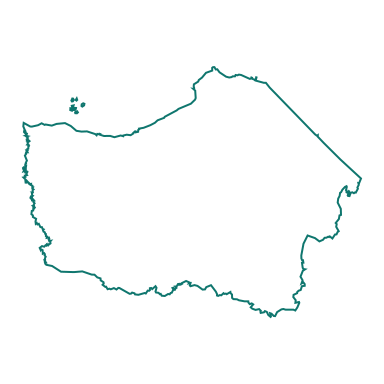 Rembang, Jawa Tengah, Indonesia (Robinson projection)
{"feature_id": "22746128B94981829239468", "entity_name": "Rembang", "entity_type": "district", "adm_level": 2, "iso_a3": "IDN", "parent_name": "Indonesia", "parent_adm1": "Jawa Tengah", "projection": "robinson", "projection_center": [111.414, -6.77], "detail": "fine", "context": "isolated", "style": "outline", "palette": "teal", "viewbox_px": 384, "rotation_deg": 0, "n_neighbors": 0, "source": "geoboundaries", "source_scale": "gbopen_adm2", "svg_char_len": 5861}
<svg xmlns="http://www.w3.org/2000/svg" viewBox="0 0 384 384"><path d="M275.1,316.1L277.1,312.1L281.4,309.4L283.3,309.0L285.7,309.7L293.5,309.7L295.3,310.5L297.3,307.5L299.3,302.8L299.0,302.0L295.4,302.8L295.7,300.2L293.3,297.1L293.6,294.8L297.1,293.2L297.2,292.1L298.6,290.7L300.7,290.0L301.9,286.2L304.7,285.8L304.7,284.1L303.4,282.4L301.5,283.5L302.6,280.3L300.5,276.7L302.8,270.8L305.1,269.3L303.4,269.0L302.7,267.8L302.0,262.9L303.4,262.7L303.0,260.3L302.2,260.4L301.4,258.5L301.3,255.5L303.5,243.7L307.6,235.5L315.0,238.1L319.4,241.4L323.0,239.8L324.6,237.8L326.4,237.7L328.2,236.7L329.0,237.1L329.8,236.4L332.4,238.5L335.0,234.5L336.5,234.4L337.6,232.0L338.7,231.2L336.2,226.8L336.7,224.1L335.7,223.0L338.9,219.0L339.5,215.4L341.0,214.9L340.8,208.8L337.7,202.6L338.2,198.6L339.6,196.0L340.1,192.8L341.1,192.2L342.4,189.7L345.0,186.9L346.5,186.2L346.8,186.9L346.0,190.1L346.5,190.4L346.5,192.3L347.4,192.7L348.8,191.1L349.2,191.5L347.7,195.4L348.0,195.9L349.5,196.1L350.7,192.8L352.3,192.3L353.9,193.2L355.0,192.4L355.8,192.6L357.9,188.7L357.4,187.5L358.8,184.8L358.4,183.2L359.0,183.4L361.0,178.5L340.4,159.5L323.6,142.8L317.8,136.7L317.8,135.2L317.0,135.8L315.1,134.4L269.7,87.6L265.9,82.8L263.8,82.8L255.7,80.6L256.5,77.4L256.2,77.3L255.5,80.2L255.0,80.1L255.2,78.9L254.9,79.7L253.8,79.4L252.0,78.7L252.1,77.8L251.4,77.5L251.1,78.5L249.8,78.9L241.2,75.0L238.9,74.6L237.5,75.3L235.6,75.0L235.0,76.3L232.7,76.3L231.6,77.1L229.2,77.5L226.1,76.7L219.5,72.3L217.3,69.3L215.8,69.5L214.4,67.1L213.1,67.1L212.2,67.8L212.2,70.6L206.0,72.8L202.0,77.6L198.8,80.0L198.2,81.6L193.9,84.3L193.7,86.3L194.2,88.2L194.1,88.9L193.2,88.8L195.2,90.6L195.7,98.0L195.1,99.6L190.9,103.7L178.5,108.9L176.7,110.4L164.7,116.8L164.2,117.8L157.6,120.3L154.9,122.8L150.3,125.2L143.6,127.8L139.1,128.6L139.3,129.2L138.2,130.0L138.1,131.8L135.8,132.3L135.7,131.4L135.1,131.3L133.2,133.0L133.3,133.5L130.6,135.2L126.7,134.7L123.3,135.5L123.2,136.2L120.7,135.5L114.4,137.2L110.1,135.9L104.0,136.0L100.2,134.8L100.4,134.1L99.5,133.8L99.3,134.4L97.3,133.9L96.6,135.3L95.3,134.1L87.0,131.4L81.5,131.6L76.4,130.8L70.8,126.0L65.0,123.1L56.6,123.9L51.8,125.6L45.6,124.5L44.7,124.9L41.6,123.3L38.1,125.2L31.9,126.6L30.2,126.5L23.7,122.9L23.3,126.4L24.5,129.3L24.0,132.0L25.0,133.1L25.6,131.9L26.1,133.5L26.9,133.7L26.5,135.1L25.4,135.6L27.7,136.2L26.5,136.7L27.9,138.0L27.2,138.8L27.9,139.7L27.1,140.7L28.3,141.1L28.7,140.4L29.5,141.1L28.2,142.1L27.2,141.3L27.9,143.9L27.3,144.6L28.6,144.8L28.7,145.7L29.8,146.3L28.3,145.7L28.3,148.7L27.3,149.1L27.6,150.2L26.4,150.3L27.5,152.2L26.3,152.1L25.8,153.3L26.2,153.8L24.9,155.6L26.9,160.6L25.8,162.8L26.1,163.8L25.3,164.2L25.2,165.7L26.1,165.9L25.9,167.1L24.9,168.0L23.7,167.3L23.0,168.0L23.2,169.0L24.2,169.8L23.6,171.2L24.5,170.8L24.9,171.5L25.8,170.0L25.8,171.1L26.9,171.5L25.8,172.5L27.0,172.7L26.3,174.1L27.0,175.1L24.9,175.6L25.4,176.9L23.4,177.4L26.3,180.3L25.4,180.7L25.7,183.4L26.2,182.0L26.9,182.4L27.7,181.8L29.4,183.4L29.0,183.7L29.5,184.2L31.0,183.9L30.8,185.0L32.4,185.7L32.3,186.7L33.1,187.1L32.3,188.1L33.5,189.4L32.6,189.9L32.8,192.2L32.1,192.3L32.6,192.7L31.9,193.3L32.2,195.5L32.8,195.8L31.8,196.8L30.9,196.5L30.4,197.9L31.6,199.2L32.0,198.5L32.0,200.0L33.2,199.4L34.2,200.7L33.2,201.0L33.2,201.7L34.6,203.3L33.7,204.5L34.0,205.6L32.9,205.9L34.8,207.5L34.1,208.5L33.3,208.1L33.2,210.5L31.8,210.9L31.4,214.2L32.9,215.4L32.9,217.0L36.1,218.8L35.5,221.5L35.8,223.8L36.8,223.0L37.5,224.4L38.8,223.8L40.4,227.1L42.0,227.2L42.5,228.8L43.7,229.4L43.0,230.2L43.5,231.6L44.8,232.3L45.3,234.0L45.9,234.1L45.9,236.1L47.0,236.5L46.7,237.9L48.9,237.5L49.4,239.0L48.7,239.5L49.3,241.2L50.7,240.9L50.2,241.5L50.5,243.4L48.6,244.8L48.2,244.4L48.0,245.2L47.2,244.7L47.3,245.3L46.5,245.7L45.3,244.5L45.6,245.3L44.2,246.7L42.0,246.1L39.7,247.9L40.7,250.1L41.1,249.3L42.6,250.1L42.8,253.7L44.1,253.1L44.9,254.2L44.6,255.3L45.7,256.7L44.9,258.4L45.1,259.7L44.4,260.0L45.9,262.4L44.9,262.4L45.3,263.8L46.3,264.8L52.1,266.0L61.0,271.7L73.9,272.1L82.3,271.4L91.7,274.6L94.5,274.7L97.3,277.4L100.5,278.4L100.7,280.4L103.5,282.2L103.7,283.5L102.6,284.8L105.3,286.9L106.1,286.7L107.6,289.2L109.4,288.7L110.8,289.3L113.9,288.1L116.5,289.5L118.3,287.9L119.4,288.0L129.6,293.8L131.1,293.6L132.1,292.6L134.5,293.3L135.0,294.4L138.4,294.8L144.7,293.0L145.8,293.5L147.7,290.6L149.1,290.8L149.9,290.1L149.9,288.2L151.2,288.0L152.2,289.1L155.5,286.2L156.5,287.8L155.5,291.5L156.0,292.5L158.5,292.8L159.9,294.2L160.7,293.9L161.7,295.7L164.8,296.0L168.1,294.0L169.7,294.3L170.6,293.0L171.8,292.7L173.4,289.4L172.5,288.0L173.4,287.7L174.5,289.8L175.0,289.7L175.1,288.9L176.4,287.9L175.3,286.5L176.6,286.4L178.0,284.1L178.5,284.0L178.4,284.7L179.3,284.1L179.9,284.8L181.1,284.4L181.4,284.1L180.8,283.8L182.1,283.7L182.0,283.0L186.1,281.0L189.5,282.5L188.9,283.4L190.5,283.1L189.8,285.5L190.5,286.2L194.5,285.1L197.5,285.9L202.6,289.6L205.0,289.4L206.3,287.1L211.0,285.2L215.9,291.7L217.1,294.3L217.0,295.5L218.2,295.9L219.8,295.1L221.3,295.3L223.5,293.2L224.3,293.9L225.9,293.6L226.7,294.2L230.4,292.0L230.6,293.2L232.0,294.5L232.1,297.9L233.4,299.1L237.0,299.3L239.0,300.3L244.4,301.3L248.3,301.3L248.4,302.5L249.7,304.1L251.7,303.4L253.2,304.4L250.7,307.3L252.3,308.7L255.6,309.9L259.1,309.1L260.8,310.8L260.4,311.8L260.7,312.9L264.0,312.3L264.9,311.1L266.8,311.9L268.3,315.0L270.6,316.9L270.9,316.5L270.1,313.2L271.5,313.7L273.8,316.0L275.1,316.1ZM82.3,106.6L84.1,105.4L84.4,103.8L83.2,103.3L81.7,104.3L81.5,106.0L82.3,106.6ZM74.2,110.1L75.8,109.0L76.0,108.0L73.3,107.8L72.9,110.0L74.2,110.1ZM72.9,101.3L73.8,99.9L73.1,98.6L72.3,98.5L71.4,100.6L72.0,101.5L72.9,101.3ZM71.9,110.7L72.3,108.6L70.4,108.2L70.3,110.1L71.9,110.7ZM76.9,113.3L77.9,112.4L77.1,111.2L75.8,111.5L75.1,112.5L75.3,113.2L76.9,113.3ZM73.2,106.8L73.6,105.4L71.8,105.8L72.1,106.9L73.2,106.8ZM76.5,100.6L77.2,99.9L76.7,98.4L75.7,100.0L76.5,100.6Z" fill="none" stroke="#0f766e" stroke-width="2"/></svg>